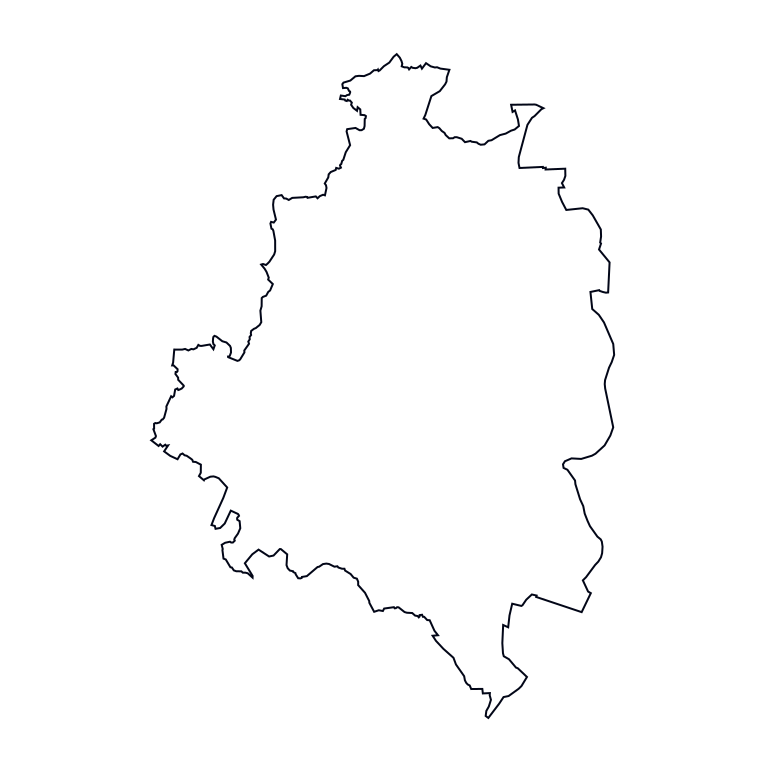 the district of Branistea, Bistrita-Nasaud, Romania, rotated 92°
{"feature_id": "2599482B22928448752539", "entity_name": "Branistea", "entity_type": "district", "adm_level": 2, "iso_a3": "ROU", "parent_name": "Romania", "parent_adm1": "Bistrita-Nasaud", "projection": "natural_earth1", "projection_center": [24.066, 47.15], "detail": "fine", "context": "isolated", "style": "outline", "palette": "ink", "viewbox_px": 768, "rotation_deg": 92, "n_neighbors": 0, "source": "geoboundaries", "source_scale": "gbopen_adm2", "svg_char_len": 6112}
<svg xmlns="http://www.w3.org/2000/svg" viewBox="0 0 768 768"><g transform="rotate(92 384 384)"><path d="M582.1,508.6L580.4,508.6L568.0,516.8L558.8,509.7L553.9,503.6L560.4,492.8L559.3,488.4L552.6,482.4L552.6,481.3L557.6,474.8L568.4,475.1L571.5,473.8L573.7,471.6L574.3,468.4L575.1,468.1L576.1,465.9L577.3,465.6L581.1,463.0L581.2,460.8L580.7,459.5L579.7,459.3L578.7,454.4L569.2,444.0L568.9,442.5L566.1,438.7L565.5,435.4L565.8,432.7L568.3,427.2L567.8,424.2L569.0,423.2L570.1,419.5L570.0,417.1L571.8,416.4L575.1,410.7L578.6,407.6L579.5,404.3L582.5,402.9L585.9,402.8L593.3,395.7L601.4,391.2L603.2,391.0L612.0,385.9L610.3,381.3L610.9,377.2L608.4,376.0L606.7,366.3L607.8,365.5L607.6,364.3L606.6,363.1L606.7,361.6L611.2,355.5L611.8,353.1L611.9,347.8L614.4,344.8L614.7,342.3L616.0,341.1L615.1,340.3L613.7,340.3L613.3,337.9L615.3,337.0L615.3,335.7L618.4,332.6L618.5,330.1L628.8,325.0L633.2,321.3L633.9,326.6L638.9,323.1L646.7,315.3L655.2,305.0L661.8,302.3L673.2,293.7L677.3,292.8L679.8,291.4L681.4,289.8L682.3,287.8L685.8,286.2L685.3,275.1L689.8,274.4L689.2,267.4L691.4,267.5L695.9,266.1L702.7,268.0L707.1,270.3L712.2,270.8L714.1,268.1L699.4,257.7L692.7,253.6L691.5,248.6L683.9,238.8L681.1,236.1L671.8,230.9L663.4,240.4L662.8,242.2L654.7,249.5L651.9,254.8L648.9,255.7L638.9,256.7L620.7,256.5L622.8,251.4L610.9,250.5L599.1,248.2L601.0,239.0L600.3,237.9L594.6,234.3L589.2,228.9L590.1,224.1L591.5,224.5L605.1,178.5L585.8,170.0L584.3,172.8L573.3,178.4L570.0,175.3L557.5,166.7L554.0,163.6L549.6,161.1L545.5,160.1L539.0,159.9L533.9,160.8L531.7,162.0L529.1,165.4L518.9,173.2L513.7,175.8L506.5,178.9L499.1,180.6L492.4,184.0L477.5,189.2L473.8,189.7L463.3,197.7L461.6,201.6L458.0,202.3L454.9,200.5L451.8,194.0L452.0,184.3L448.4,173.7L446.3,170.2L437.7,161.4L427.6,156.0L419.3,153.4L380.8,162.8L376.4,163.4L372.4,163.2L359.9,159.7L354.2,157.2L346.9,155.0L336.0,156.3L314.8,166.3L307.4,171.7L301.8,178.5L284.8,180.9L282.7,172.2L283.4,171.8L284.4,168.5L285.0,165.4L284.7,163.2L254.6,162.8L242.1,173.8L236.0,172.0L235.1,172.9L229.0,172.2L222.0,172.7L208.1,181.3L202.6,185.9L201.4,191.6L203.7,207.9L195.8,212.4L187.7,216.1L181.7,216.4L181.3,210.8L177.0,213.2L173.6,211.2L169.7,210.0L162.5,210.4L164.0,230.0L162.2,229.9L162.6,232.7L161.5,232.8L163.4,256.1L158.3,257.3L152.5,257.2L120.0,249.7L112.8,245.4L111.0,242.9L103.9,236.3L102.8,234.3L99.6,241.7L99.4,243.3L100.5,266.7L107.6,265.0L106.0,262.6L114.9,259.4L121.4,258.1L125.1,262.3L126.4,265.9L129.5,271.1L131.2,276.8L136.6,285.0L137.3,288.2L141.0,291.9L141.5,295.7L140.6,298.0L139.3,299.7L138.8,304.8L138.1,306.1L139.5,311.5L136.2,314.9L134.8,319.9L134.9,322.0L136.0,323.6L136.2,327.4L133.1,331.0L130.9,332.3L129.1,335.1L126.4,337.6L125.4,339.3L126.4,344.3L122.8,347.9L118.2,351.1L117.4,353.7L113.7,352.1L94.6,346.7L89.4,338.5L82.4,333.4L79.6,332.1L75.2,331.9L67.7,329.6L66.8,338.7L65.6,342.0L65.9,344.2L64.9,348.4L61.9,353.2L67.5,357.1L64.5,358.7L66.8,361.8L67.3,363.6L67.0,366.4L66.2,367.8L68.7,369.9L67.2,370.8L66.8,371.8L66.8,374.8L65.9,377.4L63.3,376.9L60.6,377.8L57.3,379.6L53.9,382.8L56.6,385.8L62.6,389.9L66.4,395.2L70.7,399.2L71.4,400.4L70.0,401.0L70.5,401.3L70.8,405.0L74.3,408.8L77.0,414.7L76.9,419.8L77.5,423.3L81.9,428.2L84.2,435.0L85.8,436.1L89.7,435.3L89.3,432.0L89.8,430.5L92.3,429.2L92.9,428.1L93.9,428.0L96.1,428.8L96.6,431.1L97.7,432.6L97.2,437.2L100.7,437.9L101.1,433.2L102.1,432.6L102.5,431.0L101.2,430.2L102.0,429.0L101.9,427.9L103.9,426.0L106.1,426.6L109.2,424.3L111.9,420.5L108.3,420.0L110.4,417.3L115.8,416.8L116.0,412.8L116.9,411.4L119.0,411.7L119.8,412.5L126.9,412.4L129.6,413.0L131.1,415.2L131.2,417.3L129.1,421.4L130.6,429.7L132.9,430.2L146.5,426.2L153.7,430.3L161.4,432.5L162.4,433.6L165.7,434.4L166.3,435.3L167.2,435.6L169.3,434.6L170.4,436.6L169.7,439.3L171.8,439.8L174.0,444.6L176.4,446.6L179.5,446.9L185.7,450.2L187.4,448.9L190.1,448.3L197.5,449.6L197.0,451.5L198.5,454.7L200.7,456.9L198.9,458.7L200.6,466.9L199.8,467.2L199.6,469.0L200.2,471.1L201.2,482.2L203.4,485.6L202.1,488.2L202.0,490.4L198.8,492.9L200.0,497.9L203.7,500.7L208.7,501.1L213.5,500.5L223.5,497.7L226.5,499.8L225.9,502.5L227.6,503.1L232.7,501.9L233.3,500.6L234.8,499.9L244.4,497.8L255.1,497.4L258.4,498.3L265.8,502.8L267.8,504.6L269.2,506.1L268.3,509.1L268.9,510.9L273.0,507.3L276.1,505.3L281.7,502.9L283.7,503.4L288.0,498.6L294.5,501.1L296.0,502.9L299.8,504.8L301.2,508.1L302.4,509.2L310.6,509.0L315.0,510.1L326.5,508.8L329.3,510.3L332.6,514.1L333.4,515.9L335.6,518.6L338.0,518.9L339.7,518.5L341.7,520.0L344.0,519.7L346.3,521.1L348.5,520.3L355.4,524.8L357.3,524.6L364.4,528.6L365.4,529.6L366.0,531.3L362.6,540.7L362.0,540.8L361.9,539.8L361.2,539.1L357.9,538.0L353.3,538.3L351.3,539.2L348.0,542.9L346.9,547.1L342.5,553.1L341.8,555.1L342.8,556.1L344.3,556.4L347.5,556.5L350.0,555.9L351.3,554.5L355.2,555.7L350.6,559.4L352.3,567.6L352.3,569.3L351.4,570.9L354.4,572.5L356.0,575.6L355.7,577.8L357.3,580.7L355.9,584.0L356.7,587.0L356.9,594.8L370.0,595.5L372.8,596.3L372.7,595.0L376.4,590.8L378.4,590.8L379.3,591.5L379.3,592.6L381.3,592.8L384.8,590.0L387.0,589.8L392.6,584.1L393.4,584.1L395.6,586.0L396.9,588.5L397.2,589.4L395.7,590.3L396.8,592.5L403.2,593.4L404.7,595.0L403.7,596.3L414.0,600.7L416.5,600.5L425.4,602.6L427.2,604.0L427.4,604.9L430.2,606.8L431.2,609.7L431.0,611.2L431.8,612.4L436.7,612.2L437.2,612.9L444.0,610.1L445.6,610.6L448.4,614.6L453.8,607.1L452.0,605.6L454.3,603.1L452.3,600.5L453.3,599.5L452.9,597.6L459.0,601.4L463.3,595.1L466.4,587.7L461.5,585.0L460.5,582.9L462.2,580.8L462.6,578.7L465.3,574.5L466.4,573.0L468.4,572.1L468.5,569.4L471.0,564.2L479.1,564.0L482.5,565.7L486.5,560.6L485.7,560.3L482.7,554.3L482.3,551.2L482.7,549.3L484.0,545.8L492.9,537.1L503.4,540.6L524.0,549.1L531.0,551.5L531.8,548.1L534.6,547.3L533.6,542.7L529.0,538.3L515.9,532.7L519.0,525.4L519.7,524.8L520.8,524.3L522.8,526.0L523.9,526.1L524.8,525.9L526.1,523.5L533.2,522.6L538.6,524.7L543.3,527.8L544.6,528.2L545.8,527.7L547.7,529.5L547.8,531.2L547.0,532.4L548.2,537.2L550.4,540.6L554.6,539.4L555.5,539.7L564.1,538.3L564.9,536.0L572.5,531.1L572.7,529.6L575.5,527.6L576.3,525.1L576.2,520.0L577.5,518.5L577.4,515.9L577.9,513.6L582.1,508.6Z" fill="none" stroke="#020617" stroke-width="2"/></g></svg>